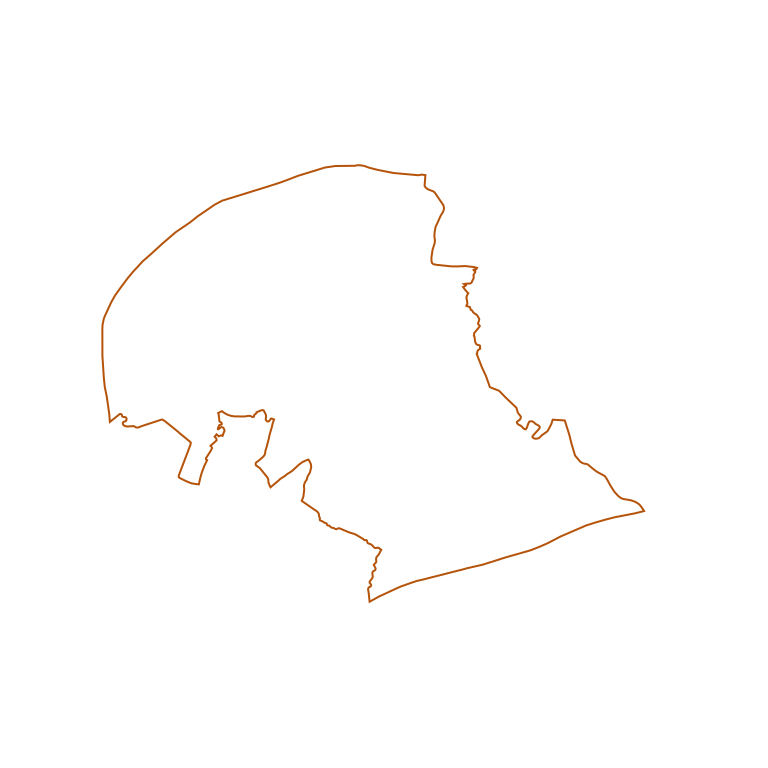 outline of Mo Cay Bac, Bến Tre, Vietnam, rotated 288°
{"feature_id": "81297802B92984212454641", "entity_name": "Mo Cay Bac", "entity_type": "district", "adm_level": 2, "iso_a3": "VNM", "parent_name": "Vietnam", "parent_adm1": "Bến Tre", "projection": "albers", "projection_center": [106.276, 10.167], "detail": "fine", "context": "isolated", "style": "outline", "palette": "amber", "viewbox_px": 768, "rotation_deg": 288, "n_neighbors": 0, "source": "geoboundaries", "source_scale": "gbopen_adm2", "svg_char_len": 6161}
<svg xmlns="http://www.w3.org/2000/svg" viewBox="0 0 768 768"><g transform="rotate(288 384 384)"><path d="M463.9,138.9L449.3,130.0L435.0,121.9L425.8,116.4L419.1,113.4L413.3,110.7L410.6,109.6L405.3,107.5L394.2,103.7L384.8,100.8L377.4,99.3L362.1,97.5L359.2,97.4L353.5,98.0L349.4,99.1L323.7,107.5L303.4,115.6L294.8,119.4L286.4,124.2L270.1,132.2L263.2,135.0L273.8,142.0L274.2,143.0L273.8,144.1L272.2,145.1L272.1,146.4L272.5,147.8L272.4,148.8L271.7,149.8L270.2,150.2L269.0,150.0L268.0,148.6L267.1,147.7L266.1,147.7L265.0,148.2L264.1,149.5L264.1,152.1L264.4,153.6L265.1,154.9L265.5,156.4L266.5,158.6L266.6,159.5L266.2,160.8L266.2,162.5L266.7,163.7L269.1,166.6L281.5,183.6L281.6,184.7L281.0,187.0L274.8,203.3L274.3,204.2L269.4,216.8L268.5,218.4L266.4,218.7L233.4,217.1L231.9,217.7L231.4,219.2L230.5,225.6L230.0,231.5L230.7,235.9L231.3,238.9L239.2,238.2L243.1,238.1L250.4,238.4L257.0,239.3L257.2,238.3L257.5,237.9L258.4,237.6L267.0,239.9L269.6,240.2L270.0,240.2L270.5,239.8L271.1,239.1L271.6,238.1L277.9,241.8L278.8,242.2L279.8,241.7L280.5,241.1L280.8,240.7L281.5,239.2L284.4,240.3L283.2,243.0L284.9,245.0L284.8,246.5L288.2,246.6L290.4,246.8L292.0,245.5L292.5,245.0L292.8,244.4L292.9,243.3L292.8,242.8L292.2,242.0L289.8,240.6L289.7,240.0L289.8,239.9L290.9,239.7L294.1,240.1L295.1,241.9L295.5,242.1L296.2,242.0L296.8,241.5L297.1,240.9L297.5,239.2L297.9,238.8L298.3,238.6L299.7,238.2L301.6,237.2L303.6,236.4L305.1,235.2L308.1,238.2L307.1,241.1L306.5,244.3L306.4,248.1L307.0,251.9L310.1,261.6L311.8,264.9L312.3,266.9L312.0,268.7L312.0,269.4L312.8,270.4L313.3,270.2L314.1,270.1L314.6,270.3L316.9,271.7L317.4,271.6L317.6,271.5L318.7,272.6L321.0,275.4L321.5,276.2L321.7,276.9L321.7,277.5L321.5,278.0L318.4,281.0L317.8,281.4L316.2,282.0L313.9,282.4L313.3,282.7L312.7,283.6L312.4,284.3L312.4,285.1L312.9,285.9L313.5,286.3L316.2,287.2L316.4,287.7L316.3,290.4L312.1,290.3L309.0,290.6L300.0,290.9L295.6,291.4L285.8,291.9L284.4,291.8L283.6,291.9L281.8,292.3L280.0,292.4L278.0,291.8L276.6,291.1L272.2,288.4L270.0,286.7L269.3,286.5L268.3,286.6L267.0,287.4L265.7,291.8L259.6,301.2L258.3,302.9L256.8,303.7L254.7,304.5L252.2,306.5L250.7,308.0L259.5,313.5L261.6,314.6L265.6,317.9L268.5,319.8L271.2,322.1L273.0,323.5L277.4,326.0L280.7,327.8L282.5,329.1L284.7,330.7L288.7,335.1L288.6,335.8L286.1,338.4L285.0,339.3L282.9,340.3L282.2,340.5L277.4,340.9L275.9,340.7L273.1,340.0L271.9,339.9L269.9,340.1L268.7,340.0L267.0,339.4L264.3,339.1L262.9,339.2L261.6,339.6L260.2,340.3L258.3,340.9L252.1,342.1L249.0,342.0L247.4,341.9L242.7,357.5L242.5,358.5L242.2,359.6L240.8,361.7L240.1,362.3L238.0,363.2L237.3,364.0L236.3,364.6L235.6,364.6L234.8,365.0L234.5,365.4L234.4,367.5L233.7,370.2L233.8,371.7L233.5,372.7L232.5,373.2L232.1,374.0L232.3,375.5L232.1,376.4L231.4,377.7L231.2,378.7L231.4,380.2L231.4,381.3L231.1,382.2L231.1,383.5L232.2,384.6L232.9,385.6L232.9,387.5L232.1,396.6L232.2,402.1L231.9,404.5L230.2,412.0L229.7,412.9L229.5,413.7L230.1,415.4L229.7,416.2L228.5,416.9L227.7,417.6L227.5,418.7L227.5,421.0L227.1,422.3L225.4,425.3L225.3,426.5L225.8,427.6L226.5,428.8L226.4,429.9L226.0,430.7L225.5,432.6L220.7,431.8L218.7,431.1L217.3,430.4L215.9,430.4L214.4,430.8L212.9,431.5L211.8,431.5L210.8,431.1L209.2,430.2L208.7,430.2L206.5,432.6L205.5,433.2L204.9,433.2L204.3,433.1L202.5,431.6L201.7,431.3L200.9,431.3L200.0,431.6L197.8,432.7L196.6,432.9L195.2,432.7L192.0,431.5L191.0,431.5L190.5,431.8L189.7,433.0L188.9,433.9L188.3,434.1L187.8,434.0L187.2,433.7L186.2,432.7L185.4,432.3L184.1,432.2L179.9,434.3L172.5,437.6L180.2,444.8L192.5,458.0L196.5,462.4L203.3,471.3L207.0,476.3L209.4,480.4L230.1,513.2L231.3,515.2L234.5,520.0L242.8,533.9L256.5,553.0L271.0,574.6L276.9,581.8L283.3,589.0L293.3,598.8L311.8,619.8L317.2,627.3L323.1,636.0L328.4,644.3L338.4,662.4L342.5,669.0L343.6,670.6L346.4,667.0L348.2,664.4L349.0,662.0L349.6,659.2L349.7,654.6L348.7,647.9L348.6,646.6L348.7,644.7L349.8,641.5L352.7,636.4L357.4,630.7L362.5,625.3L364.7,622.4L366.4,613.3L367.9,609.0L370.5,602.6L370.5,601.6L370.1,598.4L370.2,596.9L370.7,594.7L375.0,587.8L385.3,580.7L392.7,576.1L405.2,567.2L402.2,555.5L397.5,555.5L393.2,554.8L390.2,554.2L388.6,553.4L384.4,550.2L380.5,548.1L379.4,546.6L378.7,544.8L378.7,542.8L379.3,541.8L379.9,541.4L380.6,541.5L389.2,545.3L390.5,545.6L391.5,545.2L392.2,544.1L392.9,540.4L393.8,538.6L394.2,537.2L394.2,535.9L393.8,534.8L393.0,533.8L391.5,533.5L386.3,533.3L384.8,532.9L384.5,532.1L384.7,530.8L386.2,528.0L386.7,526.3L386.9,524.5L387.7,522.8L388.8,522.1L389.6,522.4L391.3,523.7L392.6,524.4L394.1,524.5L395.3,524.2L396.2,522.9L397.3,521.2L398.4,519.9L402.3,517.3L408.7,503.9L413.1,495.6L413.7,485.7L423.1,478.5L430.2,471.9L441.2,462.9L441.5,463.2L443.0,462.8L444.2,462.8L445.0,462.9L446.0,463.5L447.4,464.6L448.1,464.1L449.8,463.6L450.1,463.4L450.3,462.5L450.1,461.0L450.3,460.1L450.7,459.0L451.9,458.0L453.4,457.1L456.7,455.6L457.6,454.6L457.9,454.7L460.2,454.0L467.7,457.0L468.8,457.2L469.2,456.7L469.8,455.3L470.3,454.9L470.7,454.7L472.6,454.8L475.0,454.6L475.5,454.3L477.8,451.8L478.4,450.7L478.8,449.8L479.0,448.5L479.7,446.7L480.9,445.4L481.2,444.8L481.3,443.9L481.9,443.1L483.4,442.3L483.7,441.8L483.7,438.2L484.1,438.1L485.6,438.5L486.7,438.3L491.8,435.6L494.2,435.6L496.4,436.1L496.8,435.2L498.9,431.7L500.7,429.2L501.5,430.2L502.4,431.0L503.2,431.4L503.8,429.2L504.4,430.3L505.2,432.0L505.9,434.2L506.4,435.1L507.0,435.6L507.7,436.0L508.8,436.0L511.6,436.5L512.7,436.5L515.5,435.4L518.1,436.1L519.0,436.1L519.4,435.9L519.8,434.3L520.2,433.9L520.7,434.3L521.1,435.7L521.8,436.3L523.2,436.6L523.0,433.6L522.7,431.8L521.3,424.9L518.2,416.6L516.6,411.3L513.6,397.2L513.2,394.1L513.8,392.5L514.8,391.6L516.7,390.8L519.0,390.0L526.9,388.7L533.0,388.7L534.3,388.5L536.3,388.1L539.9,386.3L544.1,385.2L549.4,384.5L555.7,385.3L559.2,385.6L562.7,386.1L565.9,387.0L569.1,386.9L570.9,386.2L572.5,385.1L581.6,373.3L582.1,372.4L582.4,371.5L582.8,365.3L583.2,364.0L584.1,362.3L584.9,361.4L595.5,358.8L594.7,354.9L593.2,352.3L587.6,327.8L585.7,312.1L585.1,302.7L585.3,298.5L584.8,294.3L584.0,291.5L582.5,288.8L576.3,270.4L571.6,260.9L555.2,237.6L549.3,230.4L544.4,224.2L535.1,211.4L508.4,173.5L502.4,167.7L486.2,155.2L477.9,149.7L463.9,138.9Z" fill="none" stroke="#b45309" stroke-width="2"/></g></svg>